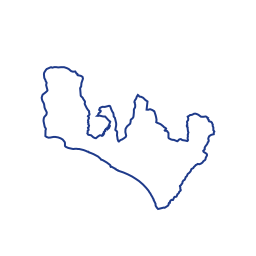 the district of Suai, Cova Lima, East Timor, rotated 65°
{"feature_id": "22284137B60263836524270", "entity_name": "Suai", "entity_type": "district", "adm_level": 2, "iso_a3": "TLS", "parent_name": "East Timor", "parent_adm1": "Cova Lima", "projection": "albers", "projection_center": [125.311, -9.25], "detail": "fine", "context": "isolated", "style": "outline", "palette": "blue", "viewbox_px": 256, "rotation_deg": 65, "n_neighbors": 0, "source": "geoboundaries", "source_scale": "gbopen_adm2", "svg_char_len": 5887}
<svg xmlns="http://www.w3.org/2000/svg" viewBox="0 0 256 256"><g transform="rotate(65 128 128)"><path d="M152.3,51.5L150.8,52.3L150.4,52.7L149.6,55.2L148.6,57.1L145.8,58.6L144.5,59.7L143.6,60.7L143.0,62.0L143.1,64.1L142.9,65.2L142.5,66.2L142.8,67.4L142.9,69.1L144.6,69.3L145.5,69.7L146.4,70.3L147.1,71.7L147.5,72.0L149.4,72.5L150.5,73.6L151.0,73.7L151.3,73.5L151.5,73.9L151.6,74.0L152.9,73.7L153.5,74.1L156.5,75.1L157.5,75.1L158.2,75.8L159.0,76.2L159.5,76.8L161.1,77.3L161.9,78.0L163.0,78.5L164.3,78.7L164.9,79.6L164.9,79.8L163.5,81.5L161.9,83.9L160.5,84.7L160.3,85.0L160.1,85.7L160.1,86.7L160.9,88.7L160.8,89.0L158.1,91.5L157.7,92.4L156.7,93.7L154.5,95.4L153.6,95.3L149.8,93.5L149.1,93.4L148.3,93.8L147.5,93.8L147.1,94.0L146.8,94.3L146.2,95.6L145.7,95.7L145.4,94.7L144.6,93.7L144.0,93.9L142.4,95.0L140.9,95.5L140.1,96.0L139.4,96.2L137.9,97.2L135.2,99.7L134.6,100.0L133.8,99.3L133.4,99.2L132.7,98.7L130.6,98.1L128.2,97.6L124.1,97.1L123.7,97.2L123.4,97.6L122.3,98.1L120.5,99.8L120.2,100.4L120.0,102.0L119.2,103.4L112.2,99.1L110.0,100.4L107.0,101.5L105.3,102.9L104.4,104.3L103.7,104.6L102.9,104.7L102.2,105.1L103.4,106.9L104.8,108.2L105.9,110.1L106.8,111.0L107.3,111.3L107.9,111.1L108.8,111.5L109.8,111.6L111.4,112.3L112.3,112.9L113.4,114.5L114.0,115.0L116.2,116.0L119.6,118.0L120.5,118.7L121.2,120.0L121.5,121.5L121.7,121.9L122.0,122.3L123.0,122.7L125.0,124.2L126.1,128.1L127.4,130.1L127.9,130.7L130.5,132.1L134.2,132.9L135.1,133.8L135.6,136.0L135.9,138.3L135.8,139.0L135.8,140.1L136.4,142.0L136.0,142.3L133.9,142.2L131.7,141.5L130.0,141.1L127.1,139.5L125.8,139.6L125.1,140.1L124.3,140.3L120.9,137.8L119.4,137.0L118.2,136.6L113.3,135.6L111.5,136.1L109.8,135.4L108.0,135.0L106.5,135.3L104.4,135.3L100.9,135.0L100.3,135.2L99.9,135.8L99.1,140.1L98.0,142.2L97.9,143.5L98.0,145.1L98.7,145.7L99.2,146.4L99.5,146.5L100.3,146.0L100.7,145.5L101.0,145.5L101.5,145.8L102.0,147.0L102.2,148.2L103.0,149.2L103.8,149.8L104.0,150.6L104.4,149.9L104.7,148.6L106.8,146.0L107.6,144.7L107.8,144.0L108.1,143.8L113.0,142.3L114.7,141.4L114.9,141.5L115.3,142.1L115.8,142.4L117.1,143.8L117.6,143.9L118.3,143.5L119.0,144.0L119.1,144.5L118.3,145.0L118.7,145.3L119.6,145.2L119.9,145.2L120.0,145.4L119.8,145.8L119.1,145.9L119.0,146.3L120.1,146.4L120.3,146.5L120.5,147.1L120.6,147.4L119.4,147.9L119.4,148.3L119.8,148.6L119.9,149.4L120.6,150.1L121.2,149.9L121.3,150.0L121.2,150.4L121.4,151.6L121.6,151.8L122.4,151.8L122.9,152.0L122.7,153.1L122.9,153.3L123.7,153.1L124.1,153.8L124.2,154.6L124.1,155.0L123.8,155.1L123.8,154.6L123.6,154.6L123.5,155.3L122.7,156.6L123.0,158.8L123.7,161.3L123.3,162.0L122.6,162.7L121.7,163.4L119.0,164.5L117.4,166.8L117.1,166.8L116.8,167.0L115.6,167.1L115.2,166.5L113.6,165.8L113.3,165.5L113.3,165.0L113.1,164.5L112.3,164.2L111.1,164.3L110.8,164.2L110.6,163.3L109.4,162.3L109.1,162.2L108.0,162.5L107.0,161.8L106.7,161.9L106.0,161.9L105.4,161.2L104.5,161.2L103.1,160.0L103.0,159.6L102.1,159.0L101.3,159.0L100.5,159.4L100.2,159.1L100.0,158.3L99.7,157.4L99.2,157.0L97.6,156.8L96.5,156.2L96.2,156.2L94.5,156.7L92.4,157.0L88.5,157.1L87.7,157.0L86.6,156.2L85.7,155.8L82.7,156.3L81.4,156.3L79.4,157.1L78.8,157.2L71.8,154.6L71.1,153.9L70.7,153.0L67.6,151.2L64.3,148.0L62.6,147.6L61.3,148.3L60.4,149.2L58.9,151.3L58.4,151.4L58.0,151.0L57.7,151.0L57.4,151.1L56.8,151.7L54.5,151.9L53.7,154.1L52.4,155.5L49.5,156.8L47.9,158.1L45.9,160.2L44.6,162.9L43.6,165.7L42.7,167.0L41.7,169.0L41.3,171.2L40.4,172.0L40.3,172.6L40.2,176.8L40.6,177.7L42.1,180.1L42.7,180.8L43.8,181.5L47.2,182.7L49.8,182.6L50.8,182.8L52.4,182.6L52.9,182.8L53.8,183.6L54.6,184.1L59.7,185.0L60.2,185.5L60.9,187.6L61.7,191.2L62.3,191.9L64.0,193.4L65.3,193.8L67.1,194.1L69.5,193.9L71.0,194.0L74.2,195.0L75.7,195.1L78.9,195.0L79.7,195.1L80.9,195.9L81.5,196.5L82.5,198.9L82.9,199.5L83.6,200.2L85.3,201.3L86.3,201.7L91.8,203.0L93.1,202.8L94.2,202.8L95.5,203.9L96.6,204.4L100.4,206.3L101.7,205.6L103.1,204.2L103.7,202.9L104.6,199.3L105.4,197.6L107.0,195.3L108.9,193.4L110.8,192.1L113.5,191.4L114.3,191.3L115.2,191.6L117.6,192.7L118.4,192.5L119.1,192.1L120.8,190.6L123.5,187.1L124.1,186.1L124.4,184.9L125.2,183.2L125.8,182.4L126.4,181.1L129.1,177.7L131.0,175.8L132.4,174.7L132.5,174.2L133.2,173.7L133.6,173.7L134.8,172.4L137.1,170.3L141.2,167.2L144.3,165.9L145.3,165.8L146.3,164.6L148.7,162.9L150.5,161.7L153.5,160.1L154.3,159.8L155.0,159.8L155.6,159.8L155.6,160.1L155.9,160.1L156.0,159.6L156.4,159.1L158.4,157.6L159.6,156.9L159.7,156.5L160.5,156.4L161.3,155.9L161.9,155.1L162.4,155.1L166.4,150.9L170.0,147.7L173.7,144.8L177.3,142.5L180.8,140.4L185.5,138.3L190.0,136.8L193.5,135.9L195.6,135.7L196.7,135.4L198.1,135.4L200.9,135.1L202.7,135.1L203.5,134.9L204.0,135.2L206.8,135.1L208.4,135.1L209.4,135.6L210.6,135.8L211.4,135.6L212.1,135.6L214.1,135.0L215.3,129.0L215.7,128.7L215.8,128.3L215.3,124.7L214.6,123.5L213.7,123.1L213.2,122.5L213.1,122.1L213.4,121.6L212.3,120.9L211.8,120.2L211.5,118.9L212.0,118.3L212.2,117.5L211.3,116.6L210.4,115.5L210.1,114.9L210.6,113.7L210.6,113.0L209.5,111.7L209.0,111.4L208.6,109.8L208.0,109.0L207.5,108.6L207.0,106.9L206.6,106.4L206.2,106.3L205.3,106.4L204.3,105.8L202.7,105.6L202.4,105.4L202.3,104.3L201.6,103.4L201.3,102.5L201.0,102.1L199.8,101.3L199.0,100.0L198.9,98.7L198.3,97.8L196.8,96.4L196.6,95.2L194.9,93.3L194.5,91.4L193.7,89.6L192.1,88.0L192.0,87.6L191.9,85.8L191.1,84.6L190.7,83.2L190.2,82.3L190.3,81.4L190.0,80.1L191.0,78.6L191.1,77.0L190.8,75.2L189.9,73.6L189.6,71.8L189.2,71.1L187.7,70.0L186.4,68.2L185.9,67.8L185.2,67.6L184.5,67.7L181.8,69.4L181.2,69.6L180.5,69.5L179.8,67.5L179.4,67.2L178.6,67.1L177.9,66.4L177.4,65.7L176.1,63.2L175.4,62.3L174.7,61.8L174.4,60.9L174.0,60.5L173.1,60.0L171.8,59.9L170.9,59.2L169.8,58.0L169.5,56.6L169.4,55.3L169.9,52.9L168.3,52.1L168.1,51.9L167.8,51.3L167.2,51.3L166.1,51.6L163.5,50.4L161.9,50.4L160.7,49.7L160.2,49.8L158.5,49.7L157.4,50.2L156.2,51.7L155.3,51.8L154.8,51.4L153.0,51.9L152.3,51.7L152.3,51.5Z" fill="none" stroke="#1e3a8a" stroke-width="2"/></g></svg>